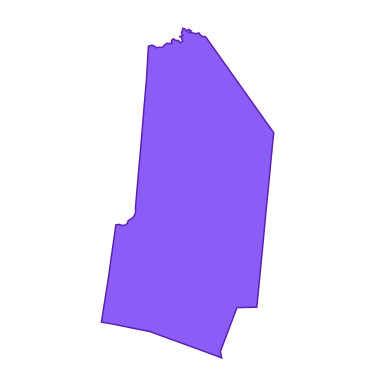 São Luís Gonzaga do Maranhão, Maranhão, Brazil, rotated 96°
{"feature_id": "56859067B14261952678271", "entity_name": "São Luís Gonzaga do Maranhão", "entity_type": "district", "adm_level": 2, "iso_a3": "BRA", "parent_name": "Brazil", "parent_adm1": "Maranhão", "projection": "robinson", "projection_center": [-44.715, -4.38], "detail": "fine", "context": "isolated", "style": "filled", "palette": "violet", "viewbox_px": 384, "rotation_deg": 96, "n_neighbors": 0, "source": "geoboundaries", "source_scale": "gbopen_adm2", "svg_char_len": 1045}
<svg xmlns="http://www.w3.org/2000/svg" viewBox="0 0 384 384"><g transform="rotate(96 192 192)"><path d="M299.8,115.5L235.7,116.0L209.9,116.3L203.1,116.4L182.2,116.5L179.6,116.5L136.0,116.9L133.6,116.9L124.5,116.9L117.9,122.8L100.1,138.4L82.8,153.7L38.0,193.1L36.0,195.0L36.3,197.7L34.6,200.5L33.0,201.8L34.1,204.2L33.8,207.7L33.6,211.3L31.9,209.5L30.6,212.4L32.5,214.3L30.7,215.7L30.1,218.1L33.2,218.7L35.3,219.0L37.6,217.5L38.6,220.3L40.1,218.3L43.0,217.1L44.9,219.3L42.9,221.1L42.8,224.3L41.5,226.6L43.4,228.2L46.3,227.6L46.7,230.3L46.7,232.5L48.5,234.5L51.3,236.6L51.3,239.5L52.3,242.5L50.7,244.9L50.1,247.2L51.5,250.6L85.8,249.0L94.9,248.9L119.3,248.4L127.1,248.2L133.4,248.1L155.3,247.6L170.6,247.4L213.5,246.6L218.0,245.9L220.7,246.7L223.4,247.9L225.3,250.0L227.3,252.5L229.9,253.0L232.0,254.9L232.5,258.3L231.8,261.3L232.7,264.3L287.0,266.2L330.9,268.5L331.5,258.5L334.0,232.7L335.3,218.7L338.2,207.5L340.3,198.9L350.9,156.6L353.9,145.1L347.5,147.1L302.3,135.2L299.8,115.5Z" fill="#8b5cf6" stroke="#5b21b6" stroke-width="1.5"/></g></svg>